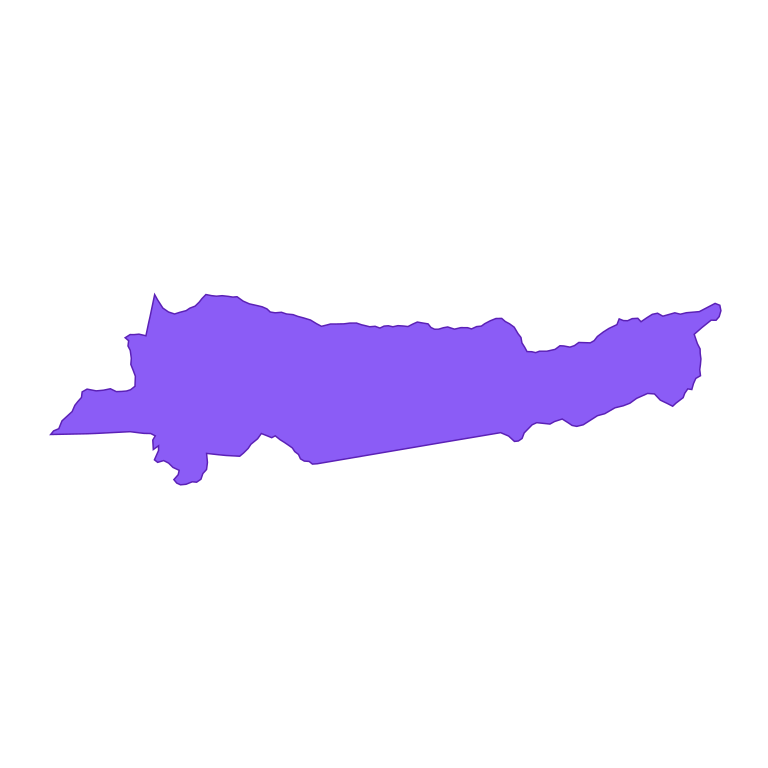 Ibiapina, Ceará, Brazil (Robinson projection), rotated 189°
{"feature_id": "56859067B1418579052728", "entity_name": "Ibiapina", "entity_type": "district", "adm_level": 2, "iso_a3": "BRA", "parent_name": "Brazil", "parent_adm1": "Ceará", "projection": "robinson", "projection_center": [-41.013, -3.951], "detail": "fine", "context": "isolated", "style": "filled", "palette": "violet", "viewbox_px": 768, "rotation_deg": 189, "n_neighbors": 0, "source": "geoboundaries", "source_scale": "gbopen_adm2", "svg_char_len": 3086}
<svg xmlns="http://www.w3.org/2000/svg" viewBox="0 0 768 768"><g transform="rotate(189 384 384)"><path d="M161.9,485.1L163.2,479.1L166.7,476.7L170.5,474.1L175.4,469.8L180.7,464.3L183.2,459.7L186.7,456.9L190.9,456.4L198.1,455.5L201.9,451.7L206.1,449.5L212.4,449.7L216.2,449.3L220.4,445.0L228.2,441.9L235.6,440.7L239.1,438.7L243.1,439.0L247.8,438.4L250.7,442.2L254.2,446.2L256.0,451.4L259.5,454.7L264.3,460.5L269.4,463.1L274.0,464.7L278.0,467.2L283.7,466.2L288.9,463.1L294.0,459.3L296.9,456.4L301.5,455.2L306.2,452.1L310.2,452.7L316.9,451.7L323.0,449.2L330.0,450.3L334.1,448.9L338.6,446.7L342.6,446.0L346.5,447.2L349.9,450.3L355.2,450.3L360.8,450.4L365.1,447.6L369.3,444.5L374.1,444.3L379.4,443.8L384.2,441.9L388.8,442.2L393.0,441.2L396.8,438.6L401.8,439.6L407.1,438.3L411.5,438.7L415.5,439.0L420.7,439.9L427.3,438.8L433.2,437.1L437.2,436.4L441.0,435.7L446.2,434.9L449.8,433.3L454.8,431.2L460.3,433.1L466.6,435.7L473.8,436.7L479.7,437.3L484.7,438.3L491.2,437.9L496.5,438.8L502.6,437.3L507.6,437.3L511.4,439.9L516.4,441.2L521.5,441.6L529.5,442.1L536.0,443.8L542.8,447.2L546.9,446.2L551.4,446.2L557.7,445.9L563.3,444.5L568.2,444.3L573.9,444.5L577.2,439.8L579.3,436.0L582.7,431.4L587.7,428.5L590.9,425.5L596.8,422.9L601.8,420.4L608.1,421.4L614.3,424.4L620.8,431.7L624.5,436.4L625.6,414.0L626.0,408.1L626.7,394.4L633.8,394.9L638.5,393.7L642.5,393.1L646.9,389.2L643.0,386.8L642.8,381.5L639.9,377.5L637.6,369.9L637.1,363.7L633.6,357.8L630.8,352.8L629.6,342.8L633.4,338.7L637.2,336.8L641.7,335.7L647.2,334.6L653.5,336.5L660.1,334.0L667.2,332.2L676.5,332.5L680.9,329.0L680.7,323.4L683.7,318.7L686.0,314.6L687.7,308.0L692.3,302.2L696.3,297.2L698.2,289.0L703.0,286.0L705.3,282.0L669.5,288.4L660.9,290.1L627.3,297.2L617.6,297.5L613.2,297.7L606.7,298.6L601.8,297.0L603.6,292.5L601.6,283.2L597.0,287.7L596.3,282.9L598.9,273.2L595.3,271.2L589.6,273.9L584.4,272.2L579.4,268.6L572.8,266.7L573.1,262.2L576.6,256.7L573.2,253.7L569.2,252.6L563.8,254.0L558.1,257.4L553.7,257.7L549.9,261.3L548.9,267.2L545.9,271.8L546.1,278.9L548.4,287.7L537.3,288.2L528.8,288.7L515.2,290.1L511.9,293.9L508.1,299.1L506.0,303.7L500.3,310.1L497.4,315.9L491.9,314.7L486.5,313.4L483.3,315.8L477.9,312.7L473.4,310.8L468.5,308.5L464.5,306.5L461.6,303.3L457.4,301.0L454.8,297.0L450.7,295.4L445.8,295.8L442.2,293.7L437.4,294.8L315.4,336.0L268.9,351.6L261.2,354.2L252.8,352.1L246.2,347.7L242.4,348.7L239.1,351.8L237.9,357.6L231.3,366.9L227.1,369.7L213.8,370.4L209.7,373.6L202.5,377.3L195.8,374.4L191.8,372.5L187.0,372.3L180.8,374.9L168.2,386.1L161.3,389.2L152.2,396.6L144.3,399.9L138.1,403.5L132.3,409.3L122.2,415.9L115.3,416.5L108.6,411.3L100.9,409.0L95.4,407.2L92.5,410.9L86.4,417.3L85.5,421.9L83.2,426.7L79.1,426.7L78.4,432.8L76.9,438.3L72.7,441.7L74.4,447.6L74.5,452.6L74.9,458.3L76.5,463.8L77.3,468.1L80.8,472.9L85.4,481.6L78.8,489.5L70.9,498.2L66.0,498.9L63.5,502.9L62.7,509.1L64.6,514.3L69.6,515.4L83.9,504.8L96.5,501.7L102.2,499.3L107.9,499.8L119.2,494.6L124.9,496.7L129.9,494.8L134.6,490.7L139.9,485.7L143.6,488.6L149.1,487.4L153.3,484.6L157.5,484.1L161.9,485.1Z" fill="#8b5cf6" stroke="#5b21b6" stroke-width="1.5"/></g></svg>